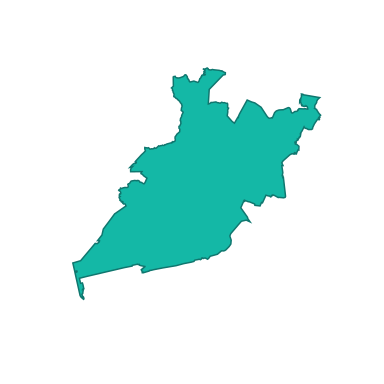 the district of Nopala de Villagrán, Hidalgo, Mexico, rotated 304°
{"feature_id": "50627088B98943625102678", "entity_name": "Nopala de Villagrán", "entity_type": "district", "adm_level": 2, "iso_a3": "MEX", "parent_name": "Mexico", "parent_adm1": "Hidalgo", "projection": "orthographic", "projection_center": [-99.653, 20.233], "detail": "fine", "context": "isolated", "style": "filled", "palette": "teal", "viewbox_px": 384, "rotation_deg": 304, "n_neighbors": 0, "source": "geoboundaries", "source_scale": "gbopen_adm2", "svg_char_len": 6102}
<svg xmlns="http://www.w3.org/2000/svg" viewBox="0 0 384 384"><g transform="rotate(304 192 192)"><path d="M341.7,245.1L335.4,231.1L335.0,230.5L334.9,229.1L334.4,229.1L334.9,229.0L334.4,227.9L333.7,228.6L333.1,228.8L333.1,229.1L331.1,229.7L328.5,229.9L326.6,231.1L328.2,231.1L327.2,231.7L326.6,232.8L326.0,233.1L325.7,234.6L325.2,234.4L324.9,234.7L325.6,237.2L326.0,237.2L327.1,239.0L327.2,238.9L327.2,239.9L325.6,241.6L325.1,241.2L324.3,239.2L323.2,237.9L321.0,234.2L320.2,234.0L319.5,234.2L319.3,233.9L318.7,234.1L317.9,234.0L317.4,233.7L316.3,232.3L314.5,231.6L313.6,231.1L313.4,230.4L313.5,229.9L315.8,227.1L316.1,226.3L316.2,225.4L315.8,224.6L311.3,221.7L308.6,218.2L306.7,216.8L305.8,216.4L303.9,216.1L299.6,217.0L298.3,217.1L298.2,216.5L297.6,216.2L296.3,214.8L296.2,213.9L296.6,212.1L300.9,201.9L301.0,194.3L300.0,191.1L299.1,186.3L283.4,187.7L281.1,188.1L279.7,188.8L279.6,188.2L272.8,188.7L272.9,185.9L274.8,178.6L278.4,176.9L280.2,175.5L281.3,175.6L282.0,175.4L281.9,174.3L284.9,172.4L285.3,171.6L284.6,170.7L284.3,169.0L283.5,168.1L283.0,166.4L281.3,165.7L280.8,164.0L280.2,163.0L280.2,162.1L279.9,161.3L277.5,158.7L276.9,157.7L276.1,157.6L274.9,157.0L274.1,156.3L286.7,148.9L306.4,152.4L307.8,153.8L308.2,153.8L309.6,152.9L309.2,151.2L309.2,149.0L308.9,148.6L308.8,148.8L308.1,146.6L305.5,141.7L305.0,140.4L303.7,139.4L303.0,138.0L302.7,137.0L303.3,136.4L303.3,135.2L301.1,134.0L300.5,132.7L300.3,132.7L300.2,134.7L298.6,134.6L298.7,135.8L298.3,135.8L297.9,135.1L296.1,135.7L296.9,137.2L296.3,137.3L294.8,135.2L294.1,134.9L293.8,135.3L292.6,135.1L292.0,135.4L291.3,135.4L290.4,135.1L288.0,135.8L286.5,135.8L286.1,135.6L285.0,131.5L282.1,128.9L282.4,127.6L282.7,127.4L283.3,126.4L283.4,125.5L283.9,125.1L284.0,124.3L284.9,123.7L285.7,121.7L285.6,121.2L285.3,120.7L283.0,120.3L279.8,118.0L278.5,116.5L278.4,115.9L278.0,115.2L278.0,114.1L278.5,113.4L277.2,112.0L277.3,111.8L269.3,117.4L266.8,116.8L266.8,117.7L266.3,118.3L265.3,119.0L265.2,119.6L264.0,120.8L263.3,122.1L262.8,122.6L261.1,123.4L260.9,123.7L261.1,124.8L260.7,126.4L260.9,127.5L260.5,128.9L260.3,130.9L259.5,132.5L259.2,134.1L258.4,134.7L258.3,135.3L257.4,135.9L255.8,136.3L253.6,137.4L253.4,139.5L253.1,140.1L249.7,140.6L248.8,141.2L246.5,141.4L244.5,142.4L244.5,143.0L242.4,144.6L241.5,144.6L240.1,145.0L239.2,144.5L238.9,144.6L237.5,145.7L237.4,146.5L237.0,147.0L235.0,148.1L231.2,147.1L230.2,147.3L228.5,147.1L227.1,147.8L226.7,148.4L225.5,149.2L224.7,149.4L223.4,148.8L223.0,147.9L222.3,148.1L222.0,147.5L221.3,147.7L221.1,147.2L217.6,144.2L216.4,143.6L216.0,143.0L214.9,142.8L214.5,142.0L214.4,141.4L213.6,141.0L212.9,140.1L211.9,139.4L211.7,138.6L208.3,137.8L207.7,137.1L207.8,136.4L207.2,136.4L207.1,136.0L205.9,135.5L205.0,134.0L204.5,133.8L204.0,132.9L204.3,132.2L204.3,131.0L203.6,130.5L202.5,128.0L201.3,128.8L200.0,130.4L197.1,129.9L194.7,129.3L186.7,128.1L185.5,128.0L185.5,129.2L185.1,129.5L184.5,128.7L184.0,129.0L183.2,128.0L181.6,127.4L177.8,126.8L179.7,128.5L178.1,128.2L177.2,128.3L176.0,128.7L174.5,129.8L180.9,139.1L179.1,139.1L178.7,139.5L178.9,141.1L178.4,142.7L178.3,146.9L173.4,147.8L171.9,147.6L171.6,145.9L171.8,145.0L171.0,143.4L171.3,143.1L171.6,142.0L171.4,140.8L170.9,140.1L170.5,140.1L169.6,138.1L167.4,135.8L166.8,135.4L164.0,135.4L163.3,134.7L162.5,134.5L161.2,136.0L160.5,136.2L159.7,135.9L159.3,135.6L158.3,133.9L156.7,132.4L155.7,131.9L155.3,130.6L154.5,131.0L153.9,130.6L153.4,130.6L152.8,130.2L152.5,130.2L152.3,130.8L152.5,132.0L151.9,133.0L150.7,133.9L150.3,133.8L150.1,133.2L149.7,133.1L148.7,133.5L147.9,134.2L148.0,134.9L146.9,134.5L145.8,136.0L145.3,137.2L144.8,137.1L144.8,138.2L144.3,139.0L144.5,139.3L145.1,139.5L145.2,140.3L145.0,140.5L144.2,140.5L144.0,140.9L143.8,142.0L144.6,142.9L144.5,143.6L143.5,145.1L130.6,140.1L121.2,139.7L111.7,139.2L106.0,141.4L98.9,140.9L99.2,141.3L99.2,141.9L99.8,142.1L99.9,142.6L98.8,143.0L96.3,142.4L95.9,141.7L95.4,141.1L95.3,140.5L72.8,138.1L66.5,132.9L60.6,139.2L62.1,140.7L61.6,141.3L61.2,141.2L59.6,140.2L43.5,157.2L42.7,159.2L42.3,162.8L42.7,161.3L43.4,161.8L44.1,161.0L44.3,160.6L43.7,159.9L44.2,160.0L45.6,157.9L46.7,158.2L49.5,156.8L50.8,156.5L50.2,155.9L51.8,155.9L54.2,153.4L55.3,152.0L54.0,150.7L57.5,146.9L63.1,151.9L91.5,178.2L97.1,183.8L97.8,183.5L101.8,187.3L101.7,188.0L102.5,188.8L102.0,189.4L102.2,190.4L103.9,194.6L103.3,194.7L101.2,193.9L100.9,193.8L100.9,194.0L99.1,193.4L98.5,194.7L97.4,195.8L98.1,196.2L97.7,196.7L102.3,200.5L103.3,201.1L103.5,201.0L104.3,202.0L106.3,203.8L113.0,210.5L122.0,220.0L128.0,225.2L133.4,230.6L135.5,232.4L137.2,232.5L139.7,235.1L140.0,235.2L140.4,235.8L140.5,236.7L141.3,237.2L142.5,237.0L143.1,237.3L143.0,238.4L143.5,238.6L144.7,239.9L145.0,242.5L146.2,242.9L148.9,243.0L154.6,247.9L159.8,249.4L160.7,251.0L161.7,251.9L163.1,252.5L167.6,253.3L170.6,253.3L174.0,251.4L176.7,247.9L178.0,247.7L179.0,247.4L190.5,248.7L195.2,249.3L195.6,249.5L199.0,252.7L199.7,256.8L201.1,253.2L202.1,252.1L206.2,241.3L212.1,240.2L212.7,240.2L213.4,240.7L213.6,239.9L214.5,239.9L215.4,244.1L215.9,244.9L217.1,250.6L216.1,251.6L218.5,256.2L222.2,255.5L222.4,256.5L230.7,255.1L231.4,257.4L232.1,258.7L231.8,259.8L232.2,260.2L233.7,260.0L234.0,260.8L234.9,260.7L235.3,262.8L235.6,266.6L236.0,266.8L238.4,271.2L239.6,272.2L240.7,272.0L255.2,259.6L254.8,259.2L256.1,258.5L255.9,257.7L258.8,256.5L264.1,251.7L264.8,252.7L266.4,250.1L268.8,250.1L277.5,252.3L279.7,253.5L280.2,254.9L281.4,256.7L281.0,254.9L282.2,255.2L282.1,257.2L283.2,256.8L286.3,256.4L286.5,257.1L289.7,255.1L290.1,251.8L289.7,251.4L289.6,250.7L290.7,249.9L290.7,249.6L291.0,249.5L291.4,250.6L292.0,250.1L292.7,250.0L293.8,250.5L294.6,250.0L294.5,250.7L297.4,250.3L297.4,250.7L298.7,250.7L300.5,249.9L300.3,249.8L301.2,249.1L304.1,249.1L308.6,248.5L308.1,249.3L308.2,250.3L308.7,251.5L308.8,253.1L309.0,253.8L310.6,256.1L311.7,256.6L313.0,256.0L316.9,255.4L322.4,255.4L322.8,256.4L323.1,256.2L323.0,257.0L323.4,257.1L323.9,256.4L325.1,256.3L324.8,255.5L327.6,255.7L328.1,253.4L329.8,249.4L330.1,249.2L329.9,246.8L330.4,246.8L332.3,245.4L335.8,245.3L337.2,244.6L339.0,244.5L341.7,245.1Z" fill="#14b8a6" stroke="#0f766e" stroke-width="1.5"/></g></svg>